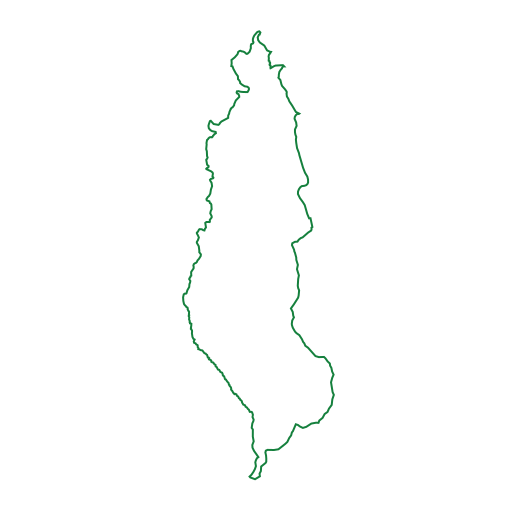 outline of Mjanyane, Quthing, Lesotho, rotated 55°
{"feature_id": "5366337B93918121901392", "entity_name": "Mjanyane", "entity_type": "district", "adm_level": 2, "iso_a3": "LSO", "parent_name": "Lesotho", "parent_adm1": "Quthing", "projection": "mercator", "projection_center": [27.716, -30.528], "detail": "fine", "context": "isolated", "style": "outline", "palette": "green", "viewbox_px": 512, "rotation_deg": 55, "n_neighbors": 0, "source": "geoboundaries", "source_scale": "gbopen_adm2", "svg_char_len": 6115}
<svg xmlns="http://www.w3.org/2000/svg" viewBox="0 0 512 512"><g transform="rotate(55 256 256)"><path d="M97.4,126.7L97.0,127.2L93.9,129.0L88.4,128.5L83.3,130.4L80.4,130.4L77.9,129.2L76.4,126.7L76.7,126.0L75.4,124.2L73.9,124.4L73.5,125.4L73.3,126.7L74.4,130.9L75.4,132.7L76.5,134.1L78.2,135.3L79.4,135.4L80.1,136.4L80.1,137.0L79.7,138.2L80.2,139.1L81.5,140.2L82.8,141.0L85.0,144.1L85.4,146.5L85.3,147.4L84.9,147.9L82.4,148.5L81.0,149.4L80.2,150.3L79.0,151.0L78.6,151.9L78.7,153.7L79.8,154.9L80.2,155.8L81.1,159.5L81.4,163.7L84.2,165.4L86.3,167.3L87.2,166.5L89.8,167.2L95.0,167.8L98.3,167.7L100.9,169.3L102.4,169.0L104.3,169.2L105.2,169.8L107.3,169.3L110.4,168.0L112.4,166.0L113.9,165.5L115.1,165.9L115.8,166.7L116.8,168.7L116.7,169.2L113.7,173.2L112.2,174.8L111.0,175.7L110.2,177.2L111.1,178.2L112.2,178.2L113.3,177.5L115.1,177.9L116.1,178.5L117.0,183.3L119.0,186.6L120.0,187.5L120.8,190.0L120.6,190.9L121.0,192.4L121.4,192.6L121.6,193.3L122.9,195.3L124.0,196.4L125.0,198.2L126.9,199.6L126.0,207.2L126.4,209.4L126.7,209.7L127.0,210.7L127.0,211.6L123.6,215.0L119.3,215.5L119.1,216.4L120.9,218.9L122.1,220.3L124.4,221.4L126.6,221.2L128.5,220.4L131.2,217.9L132.4,218.4L132.4,220.6L132.8,221.5L132.8,222.1L133.4,223.2L133.5,224.1L132.9,224.5L132.2,226.0L132.4,227.6L132.8,228.4L132.9,229.6L135.1,231.8L136.4,232.5L139.9,235.5L142.0,236.2L146.1,238.8L147.5,239.1L148.3,240.3L148.5,241.4L148.9,241.7L153.2,243.7L155.0,243.2L155.8,243.7L156.0,244.5L155.8,245.6L156.0,246.7L156.4,246.8L160.9,244.2L162.7,243.7L163.5,243.9L164.1,244.3L165.8,246.0L167.3,245.9L167.6,246.2L167.7,246.7L167.0,248.7L167.2,250.0L168.0,250.3L170.5,250.4L173.6,251.9L175.7,254.8L178.7,257.7L179.9,260.1L180.0,261.5L180.9,263.9L181.7,264.3L182.5,264.3L184.5,262.8L186.2,263.4L187.1,262.9L188.3,263.1L192.2,265.5L193.3,267.4L194.8,269.0L198.0,269.5L199.0,270.2L199.9,273.1L201.3,274.0L201.6,274.5L199.7,277.1L199.8,278.6L203.9,280.6L204.5,282.3L205.5,283.6L204.6,284.4L203.1,285.0L201.6,286.9L201.8,287.8L202.8,289.7L202.9,291.0L203.6,291.5L205.6,291.7L208.1,292.2L209.9,294.8L210.4,296.2L211.2,296.9L215.2,297.3L219.2,299.4L220.4,300.3L223.0,300.2L224.3,301.3L225.6,304.3L226.1,306.5L227.0,307.9L227.2,309.2L226.9,310.2L227.0,311.6L227.9,312.8L229.2,313.3L230.4,314.3L231.8,318.1L232.6,318.8L235.0,320.3L235.1,321.5L235.9,322.2L236.0,323.2L236.6,324.0L238.8,324.1L240.0,325.3L240.8,326.6L243.1,328.5L244.7,331.9L246.7,334.4L246.7,334.9L245.9,336.1L246.0,337.2L248.0,339.4L251.1,341.3L254.0,342.5L255.6,342.5L256.7,342.2L257.8,342.3L258.9,341.7L259.7,341.9L260.3,342.5L262.3,342.9L262.6,342.7L263.5,342.9L265.4,344.5L266.1,344.6L266.2,345.2L266.6,345.6L267.9,345.8L269.6,347.2L271.4,347.6L272.0,348.3L272.7,348.3L273.3,348.7L274.0,348.0L274.4,347.8L276.2,349.2L277.1,350.2L277.9,350.5L278.3,351.2L280.2,351.1L281.5,351.9L282.5,352.8L285.9,354.5L288.0,354.8L289.2,354.2L290.3,356.0L291.6,356.5L292.9,355.6L294.1,355.7L295.4,355.0L296.1,355.2L297.1,356.0L298.4,356.0L299.2,356.7L299.9,356.0L301.3,355.4L302.6,354.1L306.0,354.0L307.1,353.2L308.0,353.2L309.0,352.8L311.5,353.7L312.1,353.0L312.9,352.9L313.7,353.8L315.4,352.7L316.2,352.7L317.0,353.3L318.1,352.8L318.8,352.1L320.8,352.2L321.9,351.6L323.3,352.4L324.4,351.9L327.0,352.3L327.4,352.2L328.2,351.4L330.5,351.7L332.2,350.7L333.9,351.1L334.3,351.5L335.2,351.6L336.3,351.1L339.0,352.0L339.5,351.9L339.9,351.5L342.3,351.6L344.3,351.3L345.9,352.0L346.5,351.7L347.2,352.1L349.2,351.9L350.3,352.3L351.1,353.0L352.3,353.0L352.7,352.8L355.0,353.1L356.7,352.9L356.7,352.3L358.1,351.4L359.5,351.8L360.9,351.2L362.7,351.6L363.5,351.1L364.9,351.4L365.6,351.0L366.9,350.9L368.1,351.5L369.5,351.5L370.3,351.7L372.1,350.6L373.4,351.0L375.0,350.3L376.4,350.4L377.8,350.0L380.1,350.5L381.2,349.0L381.9,348.9L384.3,349.6L385.9,351.2L388.7,351.8L389.7,352.8L391.0,355.0L394.3,358.1L396.3,358.1L402.1,362.2L406.5,364.2L408.7,367.4L411.0,368.8L414.5,369.4L422.1,369.4L422.2,371.3L423.3,373.3L424.6,374.9L428.1,376.6L429.9,379.1L431.3,381.8L432.6,385.2L433.0,387.8L434.1,387.7L438.3,384.8L438.7,379.2L436.3,377.9L435.0,375.4L431.4,372.5L431.0,366.8L430.4,365.6L427.9,363.8L425.2,362.2L422.3,361.0L421.1,359.6L421.4,357.8L425.2,352.6L427.2,348.5L426.7,339.8L426.3,337.0L424.1,333.1L423.1,330.1L421.1,327.8L420.7,326.3L416.7,319.9L418.6,318.5L420.7,317.9L423.7,316.2L424.8,312.8L425.0,306.8L427.0,302.4L428.5,300.5L427.1,298.5L426.8,294.3L424.8,290.4L424.8,286.9L422.9,283.8L421.4,279.4L417.2,275.7L414.4,271.9L411.4,271.3L402.5,267.0L399.5,263.4L397.7,260.5L394.3,259.9L390.8,258.4L388.4,258.2L386.4,257.2L383.4,257.8L379.7,257.8L377.7,258.2L374.9,262.5L372.1,264.7L360.9,266.0L357.8,267.1L355.2,266.5L353.5,266.7L350.6,266.1L345.7,265.9L342.4,267.1L340.3,267.4L335.8,267.0L333.2,266.2L332.1,265.6L329.6,263.3L328.0,260.1L326.4,259.8L322.9,258.0L319.0,257.5L317.4,252.9L314.3,245.4L312.9,243.8L308.9,240.4L306.6,239.9L304.4,238.9L299.0,234.6L296.5,232.0L290.3,230.0L287.3,226.8L282.3,225.2L280.3,223.9L275.6,222.2L274.3,222.0L272.7,221.2L267.7,220.3L266.4,219.0L266.7,216.0L268.0,213.8L267.2,211.7L267.0,209.1L267.5,207.1L266.7,199.8L266.8,196.2L266.0,195.2L264.6,194.3L264.6,193.2L256.3,189.7L255.6,190.9L251.0,189.9L242.3,186.9L238.8,186.7L233.8,186.8L229.3,186.1L227.3,184.6L225.9,182.5L225.1,180.3L225.0,178.5L226.3,176.0L226.8,174.2L226.5,172.5L225.7,171.2L223.2,169.5L220.4,168.4L215.9,168.1L210.6,166.8L198.2,162.6L196.4,161.8L191.2,160.5L186.5,158.2L183.6,156.6L181.5,154.7L179.2,154.1L177.0,153.1L174.7,151.5L172.7,148.1L169.6,146.5L165.7,145.7L164.4,144.5L163.5,142.7L163.3,140.5L164.2,139.5L164.2,138.9L160.9,140.7L153.5,140.1L148.5,140.0L145.6,139.3L143.1,139.2L140.4,137.8L140.1,137.3L138.9,136.6L136.2,136.6L131.7,137.1L129.9,136.7L125.8,135.1L122.8,135.4L122.2,134.5L120.7,133.4L118.6,131.3L117.6,128.9L117.2,127.1L116.8,126.7L116.5,125.9L116.3,124.9L116.8,124.2L115.3,124.4L114.9,124.8L111.2,130.8L110.8,132.6L110.6,135.9L110.5,136.4L110.2,136.3L108.7,135.0L108.1,134.9L107.6,135.3L107.1,135.1L106.7,134.9L106.5,134.1L105.6,133.5L104.9,133.7L104.0,133.2L103.3,133.6L101.3,132.0L99.6,131.1L98.5,129.8L98.5,129.2L97.8,128.1L97.9,127.7L97.4,126.7Z" fill="none" stroke="#15803d" stroke-width="2"/></g></svg>